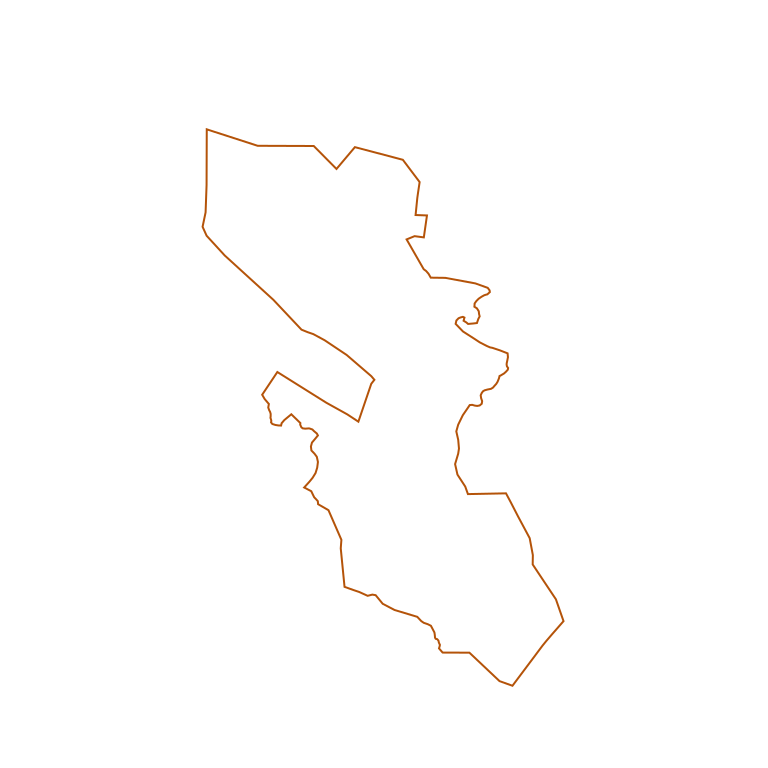 Shinkafi, Zamfara, Nigeria (Robinson projection), rotated 46°
{"feature_id": "59680162B85493721249292", "entity_name": "Shinkafi", "entity_type": "district", "adm_level": 2, "iso_a3": "NGA", "parent_name": "Nigeria", "parent_adm1": "Zamfara", "projection": "robinson", "projection_center": [6.482, 13.036], "detail": "fine", "context": "isolated", "style": "outline", "palette": "amber", "viewbox_px": 768, "rotation_deg": 46, "n_neighbors": 0, "source": "geoboundaries", "source_scale": "gbopen_adm2", "svg_char_len": 2696}
<svg xmlns="http://www.w3.org/2000/svg" viewBox="0 0 768 768"><g transform="rotate(46 384 384)"><path d="M342.4,486.9L341.1,484.9L340.7,480.7L341.4,471.7L354.0,471.3L355.0,472.5L357.7,473.5L359.4,473.3L361.4,471.7L363.8,468.8L364.6,468.3L367.0,467.1L369.1,467.1L373.0,466.7L375.1,467.3L375.8,473.5L376.1,476.5L378.2,480.0L381.4,482.4L385.9,482.4L389.7,482.9L394.2,485.7L397.8,490.2L400.5,495.1L401.9,500.6L402.5,505.8L402.8,510.3L403.0,513.3L410.6,510.8L413.9,511.9L417.0,512.9L419.5,512.9L422.3,513.0L424.7,514.9L436.2,511.6L466.5,522.9L472.2,529.3L502.5,553.3L511.0,549.1L516.4,546.3L525.0,542.9L527.4,538.7L530.1,536.7L541.2,537.6L553.9,533.4L574.6,521.8L580.4,521.9L583.4,521.3L587.1,519.4L590.5,518.2L597.7,520.3L599.3,521.4L600.7,522.5L601.9,523.5L603.2,523.8L604.5,523.0L606.4,523.1L608.2,524.2L610.5,525.0L611.4,526.3L612.4,528.1L617.9,528.4L636.6,509.2L678.0,507.3L690.3,501.2L682.3,451.6L681.6,445.8L680.8,437.3L679.3,419.6L658.3,409.9L637.9,406.2L617.1,402.4L610.5,395.8L596.1,386.3L572.5,379.6L557.2,375.0L547.4,372.2L521.5,400.1L514.2,396.8L500.2,394.1L491.0,388.5L485.7,379.1L482.5,374.9L475.7,369.4L468.3,364.9L464.8,358.9L461.2,349.0L459.4,340.2L458.7,337.0L460.3,335.0L462.6,333.7L464.5,332.2L465.9,330.1L466.1,327.4L464.5,325.3L461.7,324.0L459.3,322.3L458.4,320.1L458.0,317.9L458.4,316.1L459.8,313.5L461.8,310.4L462.3,308.1L462.1,306.1L461.9,303.2L461.3,300.8L459.8,297.4L458.5,295.3L458.9,294.3L459.2,292.9L459.8,290.4L459.9,287.7L459.7,285.0L458.7,283.6L456.7,283.3L455.2,282.3L454.3,281.3L452.9,279.2L450.8,276.2L447.8,273.8L440.4,277.2L433.3,280.9L431.3,282.3L427.9,283.7L420.5,286.2L414.2,287.6L401.1,290.7L390.5,290.7L388.6,287.8L388.5,284.7L389.3,282.7L390.5,280.6L392.1,280.0L393.8,282.8L396.9,282.0L399.2,281.8L402.6,277.6L404.7,274.8L402.7,270.9L401.8,268.2L399.7,267.0L397.5,265.3L394.0,264.6L393.3,264.8L391.2,265.3L390.0,263.9L389.3,263.2L389.0,262.8L388.5,260.0L388.4,256.7L389.0,253.2L389.8,250.2L390.8,248.2L391.3,247.4L391.4,244.0L390.0,243.0L386.9,242.6L375.1,248.4L350.2,266.2L340.0,276.5L335.7,275.4L332.0,275.2L329.0,275.7L295.7,267.3L298.9,259.3L306.2,253.5L292.6,236.0L284.4,243.9L273.3,230.8L270.1,226.7L263.5,218.1L235.8,214.7L193.4,240.4L196.3,268.8L164.0,269.2L124.9,309.4L77.7,334.6L117.7,373.5L136.6,393.1L144.9,405.3L154.1,408.6L180.9,409.3L246.6,405.1L287.6,405.6L293.7,402.9L299.0,400.2L311.3,396.3L337.1,390.7L369.5,387.7L374.3,388.0L375.0,393.0L393.3,428.6L380.4,431.5L357.4,438.5L301.3,452.4L307.1,479.1L312.0,480.3L318.4,480.7L320.5,483.6L323.1,484.8L324.9,485.3L326.8,486.3L328.7,488.2L329.5,489.2L331.0,489.9L332.3,490.7L333.1,491.9L335.2,492.1L338.0,490.6L340.4,488.8L342.4,486.9Z" fill="none" stroke="#b45309" stroke-width="2"/></g></svg>